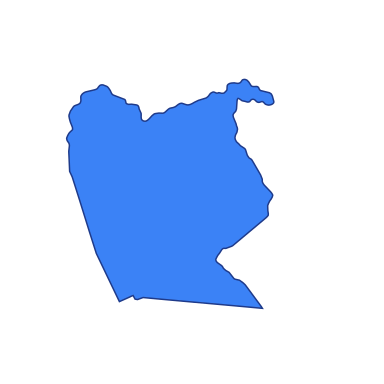 the Province of Nyanza, rotated 336°
{"feature_id": "KEN-1197", "entity_name": "Nyanza", "entity_type": "Province", "adm_level": 1, "iso_a3": "KEN", "parent_name": "Kenya", "parent_adm1": "", "projection": "albers", "projection_center": [34.762, -0.553], "detail": "fine", "context": "isolated", "style": "filled", "palette": "blue", "viewbox_px": 384, "rotation_deg": 336, "n_neighbors": 0, "source": "natural_earth", "source_scale": "10m", "svg_char_len": 3974}
<svg xmlns="http://www.w3.org/2000/svg" viewBox="0 0 384 384"><g transform="rotate(336 192 192)"><path d="M209.0,326.9L183.6,312.7L149.8,293.9L116.1,275.1L104.4,268.5L98.5,268.1L96.4,266.7L96.1,262.6L93.7,262.5L93.0,262.6L81.1,262.6L80.2,230.6L79.6,209.2L82.1,186.7L85.9,154.4L88.7,129.5L88.6,123.4L95.9,104.9L96.5,103.8L98.8,99.9L99.1,99.1L99.3,98.2L99.4,97.4L98.9,94.6L98.9,93.7L99.1,92.8L99.3,92.0L99.7,91.5L100.1,91.1L101.6,89.7L103.5,88.3L105.0,87.6L107.9,86.6L108.3,86.3L108.6,85.7L109.0,84.5L109.1,83.8L109.3,78.7L109.8,75.3L110.4,72.8L110.7,72.2L111.0,71.6L113.8,68.7L118.5,65.8L119.5,65.5L121.0,65.5L123.8,65.7L125.2,65.5L126.2,65.1L126.7,64.6L127.2,64.0L127.7,63.3L128.9,60.3L129.2,59.7L129.6,59.2L129.9,58.9L131.0,58.2L131.8,57.8L132.6,57.6L133.5,57.4L134.7,57.3L136.0,57.4L144.4,59.0L146.3,59.2L147.2,59.1L148.0,58.8L149.3,58.0L150.8,57.3L151.7,57.1L152.8,57.3L154.2,57.9L157.0,60.7L157.6,61.6L158.1,63.2L158.6,66.1L158.6,69.1L158.8,70.0L159.1,70.7L159.5,71.4L168.1,80.0L168.4,80.7L168.4,81.5L167.9,84.0L168.4,85.0L169.6,86.1L172.5,87.2L176.6,89.8L177.4,90.5L177.8,91.2L177.9,92.0L177.9,92.9L177.5,94.6L177.5,99.4L176.9,101.0L176.2,102.4L175.9,103.2L175.5,104.6L175.4,105.2L175.6,105.8L175.9,106.4L176.3,107.1L177.0,107.7L178.0,108.3L179.1,108.5L180.4,108.4L182.4,107.8L186.6,106.0L189.2,105.3L190.2,105.4L193.8,106.4L197.5,108.2L198.6,108.3L199.9,108.1L203.5,106.9L204.7,106.6L206.0,106.5L209.2,107.2L211.5,107.3L215.2,106.4L216.4,106.3L217.2,106.3L218.0,106.5L218.8,106.8L219.4,107.3L221.7,109.4L222.8,110.3L223.5,110.7L224.3,111.0L226.0,111.3L228.1,111.3L231.0,111.0L235.2,110.9L242.6,111.8L243.6,111.8L245.4,111.3L246.1,111.0L248.2,109.8L249.0,109.4L249.9,109.3L250.8,109.2L251.7,109.2L252.5,109.5L253.1,110.0L254.6,111.6L255.2,111.9L256.0,112.1L256.7,112.1L257.3,112.4L259.1,113.8L259.8,114.1L260.5,114.4L261.4,114.6L262.2,114.4L263.8,113.8L264.5,113.5L265.2,113.1L265.7,112.5L266.8,110.3L267.2,109.6L267.6,109.0L268.2,108.6L269.0,108.3L270.0,108.2L270.9,108.2L272.6,108.6L275.0,109.5L277.6,111.2L278.3,111.5L279.1,111.7L280.0,111.8L280.8,111.6L281.6,111.3L282.9,110.5L283.4,110.2L283.9,110.1L284.6,110.2L285.3,110.3L286.0,110.6L286.7,111.1L287.7,112.2L288.0,112.9L288.6,114.6L289.3,119.2L289.8,119.8L290.4,120.3L291.1,120.7L294.2,122.0L294.8,122.6L295.3,123.5L295.3,125.4L295.5,126.4L295.9,127.2L303.1,132.8L303.5,133.4L304.0,134.1L304.3,134.8L304.4,136.3L304.4,137.2L303.6,142.4L303.3,143.2L302.6,143.9L301.4,144.3L300.3,144.4L299.3,144.3L298.4,144.1L297.6,143.9L296.9,143.5L296.3,143.1L295.2,142.1L294.7,141.5L294.4,140.7L293.8,139.0L293.4,138.4L292.9,137.9L292.1,137.7L290.2,137.5L289.3,137.2L288.7,136.8L288.1,136.2L287.7,135.6L286.8,133.3L286.3,132.7L285.7,132.2L285.0,131.9L284.2,131.8L283.4,131.9L282.0,132.6L281.3,132.9L280.5,132.8L279.7,132.6L279.0,132.2L277.2,130.7L275.4,129.4L274.8,128.9L274.4,128.2L273.2,126.2L272.7,125.6L272.1,125.2L271.1,125.8L270.1,127.3L266.4,134.3L264.9,135.9L264.2,136.3L262.7,136.9L262.0,137.3L261.3,137.8L260.8,138.4L260.5,139.3L260.2,140.6L260.0,147.6L259.5,150.2L259.6,151.1L259.4,152.1L259.1,153.2L257.7,155.2L257.1,155.9L255.3,157.3L254.7,157.9L253.4,159.7L253.2,160.2L252.9,161.8L253.0,163.4L253.1,164.3L253.4,165.0L254.4,167.3L254.9,169.0L255.2,169.6L257.7,173.5L258.0,174.3L258.1,175.2L257.5,180.5L257.5,181.3L257.9,183.6L258.0,183.9L258.2,184.4L259.4,186.1L259.6,186.7L259.8,187.4L261.6,204.3L261.4,208.8L260.4,211.3L260.4,213.2L260.8,215.1L263.9,223.8L264.4,225.8L264.5,227.7L263.3,229.2L261.5,230.6L259.4,231.8L257.4,233.4L255.6,235.2L253.7,239.9L252.9,242.8L252.2,244.2L251.1,244.9L249.3,245.6L207.3,257.6L206.1,257.7L200.3,257.3L199.5,257.1L198.8,256.7L198.1,256.4L197.2,256.3L196.4,256.5L195.7,256.8L192.4,259.0L189.6,260.5L187.1,262.5L186.6,263.0L186.1,263.7L186.0,265.1L186.4,266.7L189.1,271.3L189.5,272.4L189.6,274.1L190.1,275.6L191.0,277.5L193.2,280.5L195.1,288.1L195.8,289.1L199.5,291.9L201.8,295.9L202.9,298.6L208.7,324.8L209.0,326.9Z" fill="#3b82f6" stroke="#1e3a8a" stroke-width="1.5"/></g></svg>